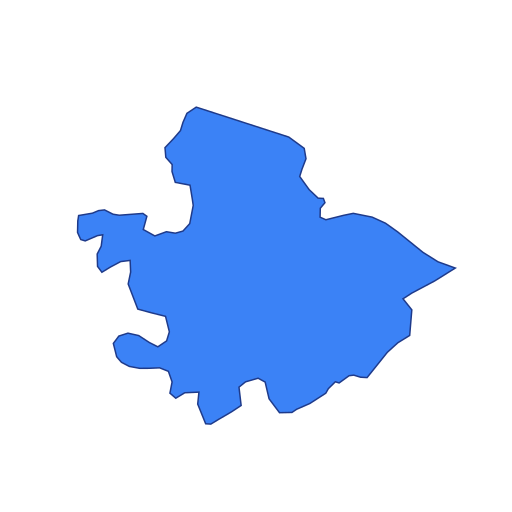 Yeoncheon-gun, Gyeonggi, South Korea, rotated 62°
{"feature_id": "91817680B98224083425041", "entity_name": "Yeoncheon-gun", "entity_type": "district", "adm_level": 2, "iso_a3": "KOR", "parent_name": "South Korea", "parent_adm1": "Gyeonggi", "projection": "mercator", "projection_center": [126.988, 38.108], "detail": "fine", "context": "isolated", "style": "filled", "palette": "blue", "viewbox_px": 512, "rotation_deg": 62, "n_neighbors": 0, "source": "geoboundaries", "source_scale": "gbopen_adm2", "svg_char_len": 1629}
<svg xmlns="http://www.w3.org/2000/svg" viewBox="0 0 512 512"><g transform="rotate(62 256 256)"><path d="M360.2,85.7L346.6,98.0L331.1,106.9L301.2,119.6L287.8,126.3L276.2,135.2L264.0,150.1L261.2,159.6L256.8,177.3L251.8,181.2L244.0,176.8L241.3,170.1L236.8,169.5L234.1,174.0L222.4,177.9L206.3,180.1L200.8,174.5L193.6,166.2L183.6,162.9L166.4,171.2L96.5,238.9L97.6,250.0L103.7,257.7L109.8,263.8L113.7,273.8L117.6,285.5L126.5,289.3L135.9,287.1L142.0,290.5L153.1,292.7L162.5,281.0L175.8,285.5L181.9,287.7L196.3,299.3L199.7,308.8L198.0,316.5L192.5,323.7L190.8,335.9L179.7,343.1L169.7,333.7L165.3,335.9L155.8,357.6L152.0,362.6L144.2,368.1L142.0,373.7L141.4,380.3L137.0,393.6L141.4,396.9L151.4,402.5L155.3,402.8L159.2,403.0L162.5,399.7L163.6,386.4L165.3,381.4L174.7,388.1L179.7,395.3L190.8,400.8L198.0,399.7L197.4,389.7L197.4,378.1L200.8,369.2L211.3,374.2L220.7,382.0L247.4,385.3L256.8,375.3L266.8,364.2L282.3,368.1L289.0,374.8L290.1,385.3L282.3,390.8L271.2,396.9L264.0,405.3L262.3,414.7L264.4,419.1L266.2,423.0L279.5,426.3L281.9,425.8L286.7,424.7L294.0,419.7L300.6,411.4L305.0,403.0L309.5,393.6L316.7,387.5L327.8,389.2L336.7,396.4L343.9,393.6L343.3,383.1L349.4,370.3L359.4,377.0L380.5,379.2L383.2,374.8L382.7,365.9L382.1,350.9L381.0,339.3L363.8,332.6L362.2,324.3L364.9,311.5L371.6,307.1L379.9,309.3L388.2,311.5L405.4,308.8L411.0,297.7L410.4,292.1L411.5,277.7L409.9,258.8L407.1,254.4L404.3,245.0L407.1,242.2L405.4,230.0L407.1,225.6L412.1,220.6L415.5,215.0L408.7,199.2L402.7,185.3L399.2,171.5L398.3,157.6L376.7,143.7L362.8,146.3L361.9,135.9L361.9,126.4L361.9,109.9L360.2,85.7Z" fill="#3b82f6" stroke="#1e3a8a" stroke-width="1.5"/></g></svg>